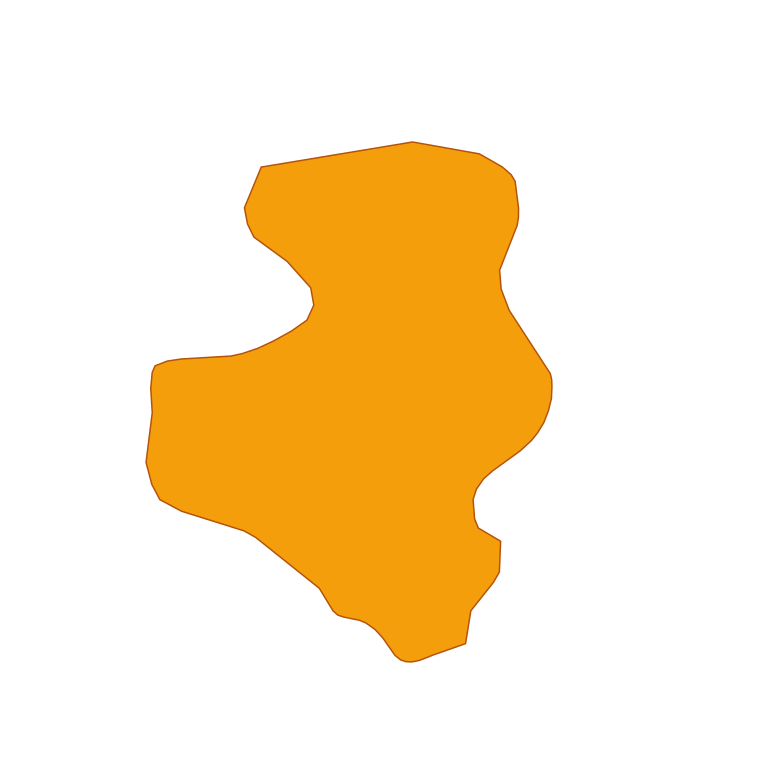 the border of Erevan, rotated 224°
{"feature_id": "ARM-1675", "entity_name": "Erevan", "entity_type": "City", "adm_level": 1, "iso_a3": "ARM", "parent_name": "Armenia", "parent_adm1": "", "projection": "albers", "projection_center": [44.52, 40.142], "detail": "fine", "context": "isolated", "style": "filled", "palette": "amber", "viewbox_px": 768, "rotation_deg": 224, "n_neighbors": 0, "source": "natural_earth", "source_scale": "10m", "svg_char_len": 1035}
<svg xmlns="http://www.w3.org/2000/svg" viewBox="0 0 768 768"><g transform="rotate(224 384 384)"><path d="M464.9,145.1L481.3,150.5L500.7,162.3L530.8,202.4L548.7,218.8L558.7,231.2L561.3,238.1L555.9,249.8L547.1,261.3L513.4,297.9L507.0,307.6L499.6,322.0L493.1,339.0L487.3,358.1L483.8,376.4L489.3,392.0L503.5,402.3L538.8,404.9L579.6,399.3L593.2,404.2L606.8,413.8L623.0,454.8L531.6,577.9L475.2,615.8L449.6,622.3L437.9,622.9L430.5,620.9L409.3,603.9L402.9,597.1L398.3,590.4L379.9,546.2L365.6,533.6L344.9,523.9L271.6,507.0L266.5,503.7L261.3,498.7L253.5,489.9L247.1,478.9L242.2,467.2L239.6,455.6L238.7,446.1L239.6,430.4L245.5,397.4L246.5,385.1L244.5,372.6L239.7,362.8L225.1,349.9L216.1,345.9L190.9,351.9L170.4,328.9L167.5,317.5L164.0,281.2L145.0,253.9L160.8,222.4L166.3,210.2L168.3,207.1L171.2,203.1L175.4,199.5L180.3,197.1L187.5,196.4L208.5,200.5L220.1,201.2L231.1,199.5L237.5,197.0L250.8,188.5L256.6,185.7L263.1,185.4L288.6,192.1L369.8,184.5L382.7,181.1L441.3,151.8L464.9,145.1Z" fill="#f59e0b" stroke="#b45309" stroke-width="1.5"/></g></svg>